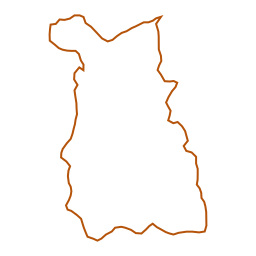 the district of Agronômica, Santa Catarina, Brazil
{"feature_id": "56859067B26785217747233", "entity_name": "Agronômica", "entity_type": "district", "adm_level": 2, "iso_a3": "BRA", "parent_name": "Brazil", "parent_adm1": "Santa Catarina", "projection": "albers", "projection_center": [-49.723, -27.321], "detail": "fine", "context": "isolated", "style": "outline", "palette": "amber", "viewbox_px": 256, "rotation_deg": 0, "n_neighbors": 0, "source": "geoboundaries", "source_scale": "gbopen_adm2", "svg_char_len": 1697}
<svg xmlns="http://www.w3.org/2000/svg" viewBox="0 0 256 256"><path d="M87.5,236.7L93.5,238.8L97.4,240.6L101.4,238.6L105.9,234.6L111.8,231.5L115.1,227.7L121.3,226.8L125.2,227.7L131.1,229.9L135.8,233.1L141.5,233.5L146.2,229.3L149.2,226.1L152.7,223.7L156.8,227.1L161.0,229.4L165.8,232.1L169.6,233.5L173.5,234.5L178.7,232.8L186.3,231.7L192.6,231.7L199.1,232.4L204.7,231.5L206.4,225.7L206.3,218.8L206.2,211.9L205.4,206.4L204.2,201.8L201.5,198.0L201.2,192.7L199.6,188.3L196.8,184.6L197.6,179.8L197.7,174.1L197.7,168.8L196.1,163.6L196.1,156.8L191.6,152.4L186.3,150.9L183.7,146.0L187.8,140.8L185.1,131.0L182.0,126.2L177.6,122.0L173.3,123.2L168.2,120.4L169.6,115.8L170.6,110.8L168.1,106.4L166.1,102.5L168.6,96.9L172.0,91.2L175.5,87.1L177.2,82.7L173.6,81.0L169.8,81.5L164.7,81.2L160.9,74.6L157.6,70.0L159.1,65.4L161.3,61.0L160.9,55.7L158.8,49.5L158.7,36.4L158.3,31.3L156.1,23.9L161.0,16.8L156.1,18.3L152.8,20.7L148.5,22.3L143.8,22.3L139.6,24.4L135.6,26.4L131.9,28.0L126.6,31.2L121.7,32.9L117.0,36.1L112.5,39.9L107.7,41.4L102.0,38.4L96.9,32.9L91.1,26.8L85.6,23.0L83.5,17.0L79.7,15.4L74.5,15.4L69.8,18.6L64.5,19.9L59.6,19.5L55.8,23.9L50.6,24.6L50.0,29.2L49.6,34.5L49.8,40.7L54.5,44.4L58.8,48.1L62.6,49.7L67.0,50.6L71.7,50.9L75.6,50.9L78.9,54.0L80.9,60.5L83.5,64.6L83.4,70.2L79.3,67.4L74.5,73.2L74.1,79.4L77.5,84.9L74.5,90.3L75.4,96.7L76.4,103.1L76.6,108.9L77.0,114.2L75.6,119.5L74.9,124.3L73.7,128.7L72.5,133.8L70.7,138.9L66.7,143.4L62.7,149.0L61.3,153.0L61.1,157.5L66.4,161.5L70.1,166.2L68.5,170.5L67.9,176.2L68.8,183.1L70.7,186.7L71.4,191.2L70.7,195.5L68.9,200.1L66.0,205.4L67.6,209.6L71.3,210.9L77.0,215.1L81.1,218.8L83.7,227.3L85.8,232.7L87.5,236.7Z" fill="none" stroke="#b45309" stroke-width="2"/></svg>